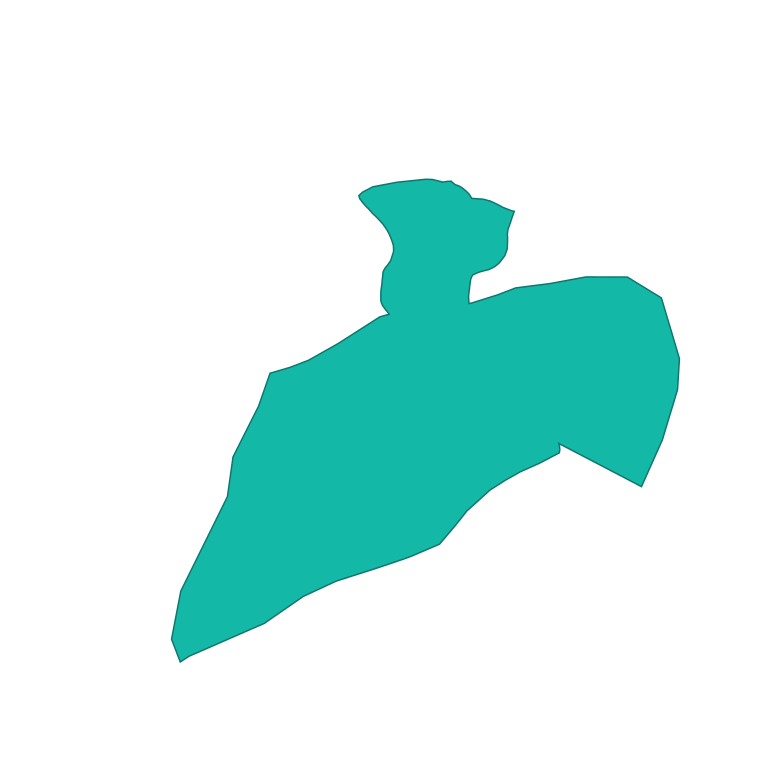 La Croix Chaubough, Castries, Saint Lucia (Albers equal-area conic projection), rotated 159°
{"feature_id": "8701671B80997210152417", "entity_name": "La Croix Chaubough", "entity_type": "district", "adm_level": 2, "iso_a3": "LCA", "parent_name": "Saint Lucia", "parent_adm1": "Castries", "projection": "albers", "projection_center": [-60.941, 14.011], "detail": "fine", "context": "isolated", "style": "filled", "palette": "teal", "viewbox_px": 768, "rotation_deg": 159, "n_neighbors": 0, "source": "geoboundaries", "source_scale": "gbopen_adm2", "svg_char_len": 5016}
<svg xmlns="http://www.w3.org/2000/svg" viewBox="0 0 768 768"><g transform="rotate(159 384 384)"><path d="M180.4,195.9L144.3,231.9L112.0,273.5L99.1,301.8L96.5,334.8L94.2,365.0L112.8,389.2L118.4,396.6L137.3,403.9L157.2,411.6L172.7,414.5L192.7,418.2L226.6,426.5L246.0,426.5L273.4,428.2L275.0,428.5L275.7,428.6L275.6,429.4L273.8,435.1L273.5,435.7L273.3,436.3L272.8,437.3L272.2,438.3L271.7,439.4L270.8,440.9L270.5,441.4L270.0,442.5L269.4,443.7L268.8,444.8L268.2,445.8L267.5,447.1L267.0,448.1L266.4,449.1L265.9,450.1L265.2,451.1L264.4,451.9L263.6,452.8L263.1,453.2L262.6,453.6L261.8,454.1L260.7,454.1L259.6,454.2L258.4,454.2L257.2,454.3L255.9,454.3L254.7,454.3L253.5,454.2L252.3,454.1L251.1,454.0L250.2,453.9L249.5,453.8L248.9,453.7L247.7,453.6L246.4,453.4L245.2,453.3L244.2,453.3L243.0,453.4L241.7,453.5L241.0,453.6L240.4,453.6L239.3,453.8L238.0,454.1L236.7,454.5L235.6,454.8L234.5,455.2L233.4,455.6L232.4,456.1L231.4,456.7L230.4,457.2L229.5,457.8L228.4,458.5L227.0,459.4L226.4,459.8L225.7,460.2L225.2,460.6L224.6,461.2L223.8,462.1L222.9,463.1L222.2,464.0L221.2,465.2L220.8,465.7L220.2,466.7L219.7,467.8L219.3,468.8L218.7,470.3L218.3,471.1L218.0,471.8L217.7,472.5L217.2,473.8L216.8,474.8L216.2,476.2L215.8,477.5L215.5,478.7L215.1,479.7L214.5,480.8L213.9,482.0L213.5,482.8L212.9,483.8L212.2,484.7L211.2,485.8L210.2,486.9L209.5,487.8L208.7,488.7L207.9,489.6L207.3,490.5L206.4,491.5L205.7,492.4L205.0,493.3L204.3,494.1L203.5,495.0L202.7,495.9L202.0,496.8L201.2,497.7L200.5,498.6L202.0,499.4L203.3,500.5L209.4,506.0L212.7,509.8L214.3,511.6L216.1,513.5L219.1,516.6L225.2,521.0L235.6,525.9L235.8,527.3L235.9,527.9L236.0,528.5L236.1,529.1L236.2,529.7L236.4,530.3L236.6,530.9L236.8,531.5L237.0,532.1L237.3,532.7L237.6,533.4L238.0,534.2L238.3,534.8L238.6,535.4L239.1,536.2L239.4,536.8L239.8,537.5L240.2,538.1L240.5,538.6L240.8,539.2L241.2,539.7L241.6,540.2L242.0,540.8L242.5,541.5L243.1,542.0L243.5,542.4L244.3,543.1L244.8,543.6L245.4,543.9L245.9,544.4L246.3,544.9L246.7,545.6L247.1,546.3L247.4,546.8L247.7,547.4L248.1,547.9L248.4,548.6L248.5,549.2L252.3,550.5L256.5,551.3L258.2,552.5L262.5,555.5L265.7,557.7L271.7,560.2L299.5,567.7L323.7,572.1L335.2,570.8L340.0,568.9L340.2,565.6L340.0,564.9L339.8,564.3L339.6,563.6L339.4,562.9L339.3,562.2L339.1,561.6L338.9,561.0L338.6,560.3L338.4,559.7L338.2,559.1L337.9,558.4L337.7,557.8L337.4,557.2L337.2,556.5L336.9,555.9L336.7,555.3L336.4,554.6L336.1,554.0L335.8,553.5L335.6,552.8L335.3,552.1L335.1,551.4L334.9,550.8L334.6,550.2L334.4,549.6L334.1,548.9L333.9,548.3L333.7,547.7L333.4,547.1L333.1,546.3L332.8,545.7L332.4,544.9L332.1,544.4L331.8,543.8L331.4,542.9L331.1,542.4L330.9,541.7L330.6,541.1L330.4,540.5L330.1,539.9L329.8,539.1L329.6,538.5L329.3,538.0L329.1,537.2L328.8,536.6L328.6,536.1L328.4,535.5L328.2,534.9L327.9,534.2L327.6,533.2L327.4,532.5L327.3,531.9L327.1,531.2L326.9,530.4L326.7,529.8L326.6,529.1L326.4,528.4L326.2,527.6L326.1,527.0L326.0,526.4L325.9,525.8L325.8,525.2L325.7,524.6L325.7,524.0L325.5,523.3L325.5,522.6L325.4,521.8L325.4,521.0L325.4,520.4L325.4,519.7L325.3,518.9L325.3,518.0L325.3,517.4L325.3,516.6L325.3,516.0L325.3,515.3L325.3,514.6L325.3,513.9L325.4,513.3L325.4,512.6L325.4,512.0L325.5,511.2L325.6,510.4L325.7,509.7L325.9,509.0L326.1,508.4L326.4,507.6L326.6,506.9L326.8,506.2L327.2,505.3L327.5,504.7L327.8,504.1L328.1,503.5L328.6,503.0L329.0,502.4L329.4,501.9L329.8,501.5L330.2,501.0L330.7,500.4L331.2,499.8L331.7,499.1L332.2,498.4L332.7,497.9L333.1,497.5L333.6,496.9L334.1,496.4L334.7,496.0L335.2,495.7L335.8,495.3L336.3,495.0L336.8,494.6L337.3,494.1L338.0,493.8L338.6,493.4L339.2,493.1L339.8,492.8L340.4,492.4L340.9,492.1L341.4,491.8L342.0,491.4L342.7,490.8L343.3,490.3L343.9,489.7L344.4,489.2L344.8,488.8L345.1,488.2L345.4,487.6L345.7,487.0L346.0,486.4L346.3,485.8L346.6,485.1L347.0,484.4L347.3,483.8L347.8,482.9L348.3,481.8L348.7,481.2L349.0,480.6L349.2,480.0L349.5,479.4L349.8,478.8L350.1,478.3L350.4,477.7L350.7,477.0L351.0,476.4L351.4,475.9L351.7,475.3L352.1,474.6L352.4,474.0L352.8,473.4L353.1,472.7L353.4,472.2L353.7,471.5L354.0,470.9L354.2,470.3L354.5,469.7L354.7,469.1L355.0,468.5L355.2,467.9L355.4,467.3L355.8,466.4L356.0,465.8L356.3,465.1L356.5,464.5L356.8,463.8L357.0,463.0L357.1,462.4L357.3,461.8L357.3,461.1L357.3,460.4L357.3,459.5L357.2,458.8L357.2,458.1L357.1,457.4L357.0,456.7L356.7,455.8L356.5,455.1L356.3,454.3L356.1,453.8L356.0,453.2L355.8,452.5L355.6,451.9L355.3,451.2L355.0,450.3L354.8,449.7L354.6,448.9L354.4,448.2L354.2,447.3L363.8,448.2L412.3,438.2L446.2,433.2L465.5,433.2L486.5,434.9L509.1,408.2L551.1,370.0L570.5,335.0L647.9,263.5L673.8,221.9L673.8,197.5L663.6,199.7L595.9,202.8L581.5,203.4L572.7,205.6L535.6,214.6L511.2,216.3L499.4,217.1L486.6,216.4L454.7,214.6L426.8,213.5L422.1,213.4L418.2,213.5L389.5,214.6L379.3,220.2L369.0,225.8L359.8,231.2L352.1,235.8L343.9,238.9L323.1,247.0L305.0,250.7L288.1,253.2L266.3,254.4L254.5,255.8L245.0,256.9L244.2,258.3L243.7,259.0L243.2,260.2L242.8,261.8L242.6,262.6L242.2,263.7L242.0,264.8L242.0,265.7L223.1,244.3L180.4,195.9Z" fill="#14b8a6" stroke="#0f766e" stroke-width="1.5"/></g></svg>